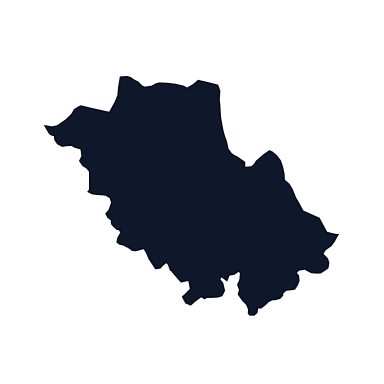 outline of Dibis, At-Ta'mim, Iraq, rotated 49°
{"feature_id": "34846034B21026183347642", "entity_name": "Dibis", "entity_type": "district", "adm_level": 2, "iso_a3": "IRQ", "parent_name": "Iraq", "parent_adm1": "At-Ta'mim", "projection": "robinson", "projection_center": [44.143, 35.661], "detail": "fine", "context": "isolated", "style": "filled", "palette": "ink", "viewbox_px": 384, "rotation_deg": 49, "n_neighbors": 0, "source": "geoboundaries", "source_scale": "gbopen_adm2", "svg_char_len": 2602}
<svg xmlns="http://www.w3.org/2000/svg" viewBox="0 0 384 384"><g transform="rotate(49 192 192)"><path d="M196.6,275.3L199.2,273.0L200.9,269.4L202.9,265.2L207.6,265.9L214.5,268.1L220.8,268.9L225.9,269.6L228.3,265.9L227.9,261.8L228.1,257.4L231.2,257.2L235.6,258.9L236.9,259.3L236.9,259.2L237.2,259.1L238.3,258.9L239.8,259.1L240.2,259.1L247.4,259.1L252.6,259.1L255.2,254.4L256.5,252.1L264.4,256.8L265.0,263.8L265.0,267.8L271.6,269.3L276.2,267.0L276.2,260.7L276.8,253.6L280.8,252.3L280.7,250.4L285.2,245.0L288.2,241.0L289.7,237.4L287.6,232.3L280.7,228.7L276.2,228.7L274.7,225.1L281.6,223.7L278.9,218.6L281.6,213.9L282.2,208.2L285.2,208.5L290.0,213.6L292.1,218.3L297.2,220.1L299.6,224.0L306.8,224.8L312.6,224.4L318.0,226.2L320.4,228.7L322.5,229.1L325.5,225.9L325.5,222.2L324.3,220.8L322.2,218.3L324.6,216.1L324.9,211.8L324.9,208.5L324.6,206.4L325.8,202.0L327.6,199.9L329.7,195.5L329.7,194.1L329.3,191.4L328.4,191.4L327.7,189.0L327.7,185.3L330.3,181.6L332.5,178.3L331.0,173.1L329.0,169.6L325.0,166.7L321.1,166.7L320.8,162.6L324.1,157.3L327.7,156.0L331.0,154.7L334.6,151.2L337.2,148.1L338.2,141.5L338.2,139.1L335.1,135.4L331.3,133.7L324.4,134.1L322.9,129.5L323.6,122.3L322.4,117.0L319.9,110.0L318.9,111.1L316.0,113.4L310.8,116.9L295.3,113.4L279.1,120.9L271.3,119.1L265.6,118.0L264.3,117.8L255.4,114.7L249.5,113.8L243.6,114.7L238.4,110.7L231.8,107.1L226.2,104.9L220.3,104.5L214.4,105.4L211.8,106.7L211.1,114.2L211.1,120.0L211.1,123.1L212.2,126.7L212.2,130.7L209.2,134.7L208.1,136.4L204.0,132.9L195.2,135.1L192.2,136.4L188.9,137.3L185.6,136.9L183.3,136.9L180.8,135.5L176.0,132.9L171.2,131.1L165.6,128.4L159.7,124.9L154.5,121.8L149.7,118.2L144.6,114.2L140.1,111.1L133.9,104.9L128.3,102.7L122.4,106.7L112.0,114.2L112.0,120.0L111.3,124.0L110.6,127.6L106.5,129.3L100.2,133.8L94.3,139.1L88.4,145.3L86.9,148.4L86.5,150.6L85.8,153.3L84.3,155.5L82.1,159.1L79.1,160.4L73.6,160.8L69.1,162.6L65.4,163.5L62.5,165.3L58.4,170.6L65.0,178.6L70.6,184.4L73.9,191.0L78.0,202.1L63.1,213.2L54.3,219.4L53.5,222.1L52.8,226.5L54.6,231.9L55.0,239.9L53.9,250.1L51.3,255.0L45.8,259.5L49.8,260.3L54.7,261.1L56.6,260.5L59.4,258.7L62.7,261.1L67.3,261.7L72.3,259.8L74.3,256.4L77.9,251.9L80.7,251.2L84.1,249.0L86.7,247.3L93.0,251.5L94.9,256.2L100.4,256.9L104.7,255.6L109.2,255.6L110.9,257.0L123.3,267.7L123.7,270.0L127.7,268.4L131.3,265.2L135.4,261.1L137.9,258.9L142.7,257.4L147.4,259.4L151.3,266.2L152.1,271.1L155.9,272.0L160.2,271.1L163.5,273.5L166.9,273.5L170.8,273.0L172.4,271.5L176.1,272.0L178.1,277.9L180.7,281.3L184.0,280.6L186.4,278.6L191.1,276.7L194.0,275.7L196.6,275.3Z" fill="#0f172a" stroke="#020617" stroke-width="1.5"/></g></svg>